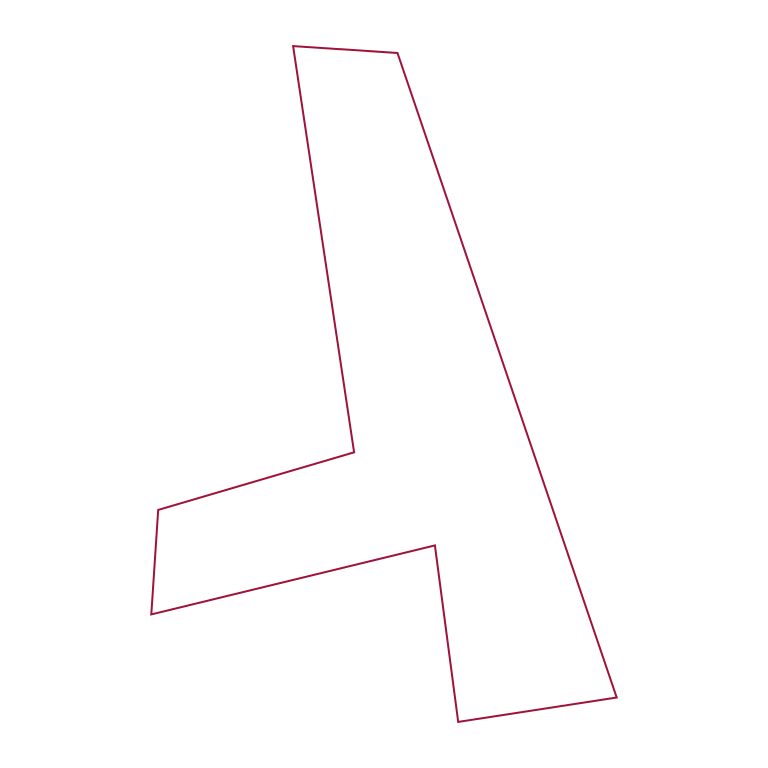 Yangiyer city, Sirdaryo, Uzbekistan
{"feature_id": "79887680B81011252135215", "entity_name": "Yangiyer city", "entity_type": "district", "adm_level": 2, "iso_a3": "UZB", "parent_name": "Uzbekistan", "parent_adm1": "Sirdaryo", "projection": "mercator", "projection_center": [68.818, 40.252], "detail": "fine", "context": "isolated", "style": "outline", "palette": "rose", "viewbox_px": 768, "rotation_deg": 0, "n_neighbors": 0, "source": "geoboundaries", "source_scale": "gbopen_adm2", "svg_char_len": 232}
<svg xmlns="http://www.w3.org/2000/svg" viewBox="0 0 768 768"><path d="M397.5,53.0L293.1,46.1L354.1,452.3L158.2,509.9L151.3,614.4L434.9,545.4L458.2,721.9L616.7,697.5L397.5,53.0Z" fill="none" stroke="#9f1239" stroke-width="2"/></svg>